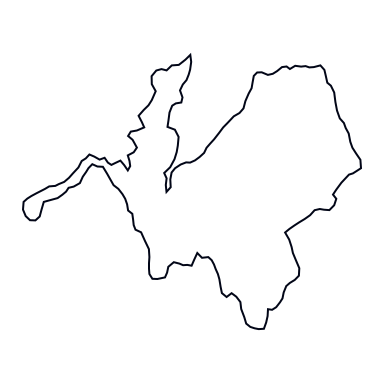 Irupi, Espírito Santo, Brazil
{"feature_id": "56859067B48527035331511", "entity_name": "Irupi", "entity_type": "district", "adm_level": 2, "iso_a3": "BRA", "parent_name": "Brazil", "parent_adm1": "Espírito Santo", "projection": "equal_earth", "projection_center": [-41.665, -20.336], "detail": "fine", "context": "isolated", "style": "outline", "palette": "ink", "viewbox_px": 384, "rotation_deg": 0, "n_neighbors": 0, "source": "geoboundaries", "source_scale": "gbopen_adm2", "svg_char_len": 2869}
<svg xmlns="http://www.w3.org/2000/svg" viewBox="0 0 384 384"><path d="M171.8,65.4L166.6,70.4L161.5,69.1L156.3,70.5L151.6,76.2L151.8,84.2L155.7,91.2L151.8,100.1L148.5,105.3L143.7,110.0L138.6,115.8L141.9,122.2L144.2,127.4L136.9,130.5L130.8,131.6L128.1,136.0L132.6,139.8L136.9,147.6L133.7,152.3L127.8,155.4L129.5,161.0L130.2,166.1L127.8,170.4L124.2,165.1L120.4,160.6L115.5,162.9L111.4,164.9L107.9,162.6L104.6,157.8L99.6,159.6L94.3,156.6L89.4,154.5L85.8,158.4L81.7,161.0L78.4,167.5L72.9,173.4L69.0,177.8L64.2,181.9L58.8,184.1L55.3,185.9L49.2,186.4L45.0,188.9L41.3,190.8L36.4,193.3L31.4,196.0L27.3,198.6L23.6,201.9L23.0,209.6L25.7,216.1L30.0,220.2L35.4,220.4L39.7,216.5L41.6,209.4L43.8,201.9L49.2,200.4L57.6,198.1L62.4,194.7L66.1,191.6L68.6,187.8L73.7,186.6L79.9,183.1L82.8,176.7L86.1,172.0L88.5,168.1L92.3,164.2L97.4,166.5L102.9,166.8L107.1,173.7L110.2,179.2L113.6,185.2L118.4,188.9L122.5,194.2L125.2,198.8L127.1,204.3L128.1,210.5L132.3,213.8L133.1,219.5L133.7,225.1L135.5,229.7L141.1,232.3L145.0,241.0L148.9,249.1L149.4,257.1L149.0,263.1L149.0,268.8L149.4,274.0L152.4,278.8L157.4,279.0L165.0,277.4L167.1,272.6L168.3,266.8L173.8,262.2L179.4,263.6L183.1,265.2L187.3,264.9L191.6,265.7L194.2,259.7L197.3,253.0L202.0,257.8L208.3,257.1L211.7,260.2L214.0,264.5L215.7,269.1L217.9,274.0L219.4,279.3L220.6,286.8L221.9,293.1L226.6,297.0L231.6,293.2L236.3,296.7L240.4,302.1L241.2,309.0L244.3,317.2L246.2,323.6L250.3,326.9L254.6,328.3L258.6,329.1L263.9,328.8L266.2,322.4L267.6,316.1L268.0,309.2L272.1,309.8L276.2,307.2L280.0,302.3L282.5,298.4L283.7,292.4L286.3,286.0L289.9,282.9L294.8,279.9L298.9,275.7L299.3,268.2L295.9,260.2L292.9,253.0L291.6,247.0L289.2,239.6L285.1,232.5L289.6,228.8L294.5,225.4L299.1,222.4L304.7,219.0L310.1,215.2L314.6,210.2L319.8,209.0L323.9,209.7L329.4,210.1L334.2,205.2L336.3,198.8L333.0,194.6L336.3,189.6L341.4,182.7L345.7,178.1L349.0,174.6L352.9,173.4L356.5,171.1L361.0,168.2L360.4,159.8L356.1,153.5L352.4,147.7L350.3,141.8L348.7,133.5L345.7,128.0L343.9,123.0L339.8,118.4L337.0,110.5L335.4,102.0L334.2,92.5L330.9,85.7L327.3,82.7L325.8,75.9L324.4,69.9L320.4,65.4L313.8,67.1L309.3,67.4L305.6,66.1L301.1,66.6L295.2,65.8L289.9,69.0L286.6,66.5L282.0,67.1L277.1,71.1L272.8,73.8L267.9,74.9L261.7,72.3L257.1,72.5L253.8,75.9L252.6,82.4L251.6,88.2L248.7,93.5L245.4,101.1L243.5,108.4L239.5,113.0L233.8,116.3L227.8,122.7L223.2,127.4L219.1,132.9L214.1,139.3L210.1,143.7L206.6,147.7L204.1,152.9L199.6,157.0L195.0,160.4L190.1,162.6L186.1,162.4L180.7,164.5L175.1,168.2L171.6,172.5L170.3,179.5L170.7,187.2L166.5,191.9L165.8,185.0L166.6,178.3L164.2,173.0L170.2,167.2L174.5,159.2L176.7,152.1L177.8,145.7L178.6,136.9L174.9,129.7L167.5,126.9L168.5,120.2L169.5,112.5L172.2,105.7L175.8,103.4L181.3,102.5L182.5,97.4L180.0,90.4L182.8,84.5L186.5,80.1L188.7,74.6L190.1,69.7L191.2,61.9L190.3,54.9L185.4,59.7L178.8,64.9L171.8,65.4Z" fill="none" stroke="#020617" stroke-width="2"/></svg>